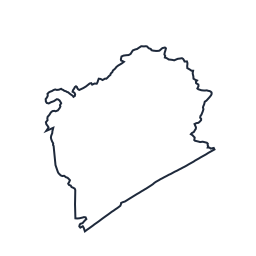 outline of Una, Bahia, Brazil, rotated 61°
{"feature_id": "56859067B7113897673076", "entity_name": "Una", "entity_type": "district", "adm_level": 2, "iso_a3": "BRA", "parent_name": "Brazil", "parent_adm1": "Bahia", "projection": "equal_earth", "projection_center": [-39.164, -15.214], "detail": "fine", "context": "isolated", "style": "outline", "palette": "slate", "viewbox_px": 256, "rotation_deg": 61, "n_neighbors": 0, "source": "geoboundaries", "source_scale": "gbopen_adm2", "svg_char_len": 4036}
<svg xmlns="http://www.w3.org/2000/svg" viewBox="0 0 256 256"><g transform="rotate(61 128 128)"><path d="M65.0,187.0L66.7,186.9L68.1,185.4L68.1,182.7L68.4,181.2L68.6,179.5L68.4,177.8L68.3,176.3L69.1,175.3L70.8,174.5L73.9,174.4L75.0,176.4L76.4,176.7L77.4,178.1L78.6,180.8L78.3,183.2L77.3,184.1L76.6,185.9L77.0,188.0L77.8,189.3L78.6,190.9L79.2,192.8L80.5,193.9L82.2,194.6L83.1,197.0L85.1,197.6L87.0,197.3L88.9,197.2L89.9,198.9L90.9,200.9L91.6,193.3L92.8,194.4L94.3,195.8L95.7,196.7L96.6,197.8L97.6,199.0L98.9,200.0L100.3,200.5L102.2,200.8L103.4,200.9L105.2,200.9L106.5,201.8L107.7,201.8L125.3,209.4L131.5,210.5L133.0,210.7L134.3,210.6L135.4,210.2L136.7,209.9L138.2,208.7L138.8,207.1L139.8,206.6L140.9,206.2L142.2,205.0L143.8,204.5L145.5,204.1L146.7,205.6L147.7,207.3L149.2,207.2L150.6,206.0L152.3,206.0L153.7,204.9L155.2,204.0L156.7,204.2L165.4,209.2L169.0,211.3L181.5,217.8L182.5,216.3L183.4,214.3L184.3,211.1L184.6,209.7L185.6,208.4L187.5,208.6L187.9,210.3L188.5,212.1L189.2,213.9L188.7,216.1L189.4,217.4L190.5,218.3L192.0,218.0L192.0,215.2L193.7,215.1L197.5,215.8L197.1,213.0L196.9,210.8L196.6,208.2L196.3,205.8L196.0,204.0L195.8,201.9L195.5,199.1L195.1,196.3L194.8,194.2L194.6,192.5L194.4,190.8L194.2,189.1L194.0,187.2L193.7,184.9L193.4,182.9L193.3,180.8L193.0,178.3L192.9,176.7L192.7,175.0L192.3,172.4L191.2,171.1L190.2,170.3L190.4,168.2L190.8,166.4L190.7,164.2L190.6,162.5L190.5,160.7L190.4,158.4L190.3,156.4L190.2,154.1L190.1,151.9L190.1,149.9L190.0,148.1L189.9,146.6L189.9,144.8L189.8,143.1L189.8,141.3L189.6,138.6L189.4,135.6L189.2,133.4L188.8,131.7L188.6,129.7L188.6,127.9L188.6,126.1L188.5,124.5L188.6,122.6L188.6,120.3L188.7,117.5L188.7,114.9L188.9,113.0L188.9,110.9L188.9,108.2L189.1,105.7L189.1,103.4L189.2,101.0L189.2,99.3L189.3,97.4L189.3,95.0L189.2,92.6L189.2,90.7L189.2,88.7L189.2,86.8L189.0,85.1L189.0,83.2L189.0,80.7L188.9,78.8L188.9,77.3L188.9,75.2L188.9,72.7L188.7,69.6L188.7,67.5L188.7,65.2L188.7,62.8L187.0,62.7L186.1,65.6L184.6,66.3L183.7,67.8L182.6,66.7L181.4,66.6L180.4,65.8L179.1,66.2L177.7,67.7L176.2,69.3L175.3,71.7L174.0,73.0L172.6,74.5L171.6,75.6L170.6,75.9L169.6,75.0L168.6,74.3L167.2,74.7L165.5,75.1L163.9,76.0L163.4,74.6L163.4,72.3L162.3,70.5L161.6,69.1L160.3,68.2L158.6,68.1L156.8,67.9L156.9,65.8L157.6,63.9L157.2,62.1L156.6,60.3L155.5,59.6L154.0,59.9L152.6,58.8L151.9,57.2L151.1,56.3L150.1,55.0L149.1,53.9L148.1,52.9L146.4,52.5L145.4,51.5L144.3,50.0L143.2,49.0L142.2,48.1L142.1,46.2L141.4,44.1L140.5,41.5L139.6,39.4L138.7,38.3L137.4,37.7L136.1,38.1L135.2,38.8L134.2,40.0L133.3,40.8L132.5,42.6L131.5,44.2L130.5,45.6L129.3,46.7L128.2,47.7L127.1,48.2L125.5,46.0L124.1,45.4L121.9,46.7L120.5,46.2L119.9,44.6L118.6,45.7L116.6,46.8L114.5,45.8L112.7,45.3L111.3,44.8L109.5,43.3L108.7,44.7L107.4,45.3L105.8,46.2L104.4,47.1L102.5,46.2L101.0,45.1L99.9,44.5L98.3,44.2L97.3,46.3L95.8,46.2L94.3,46.3L93.1,47.0L92.4,49.0L91.6,51.0L91.2,54.8L90.0,56.1L88.9,57.6L87.8,59.2L86.7,59.7L85.4,60.5L84.2,61.6L83.0,60.5L81.3,60.5L79.7,59.2L78.3,57.7L76.7,56.2L75.5,56.7L74.8,59.2L75.2,61.2L75.6,63.0L75.1,64.4L74.0,66.4L72.6,68.4L71.4,69.7L69.8,69.8L68.6,71.0L67.3,71.5L66.1,71.7L65.2,72.6L64.3,74.6L62.9,76.8L63.1,79.6L63.3,81.8L62.8,83.6L62.5,86.2L63.4,87.9L64.5,89.9L64.5,92.1L63.6,94.0L62.5,96.8L62.3,99.0L63.3,99.9L64.4,100.9L65.6,101.3L67.0,100.2L68.1,99.5L68.5,102.0L68.6,104.6L68.6,106.1L69.0,108.6L69.7,110.1L70.1,111.6L70.4,113.3L71.5,114.6L72.0,116.7L73.0,117.6L73.4,119.7L74.0,121.4L74.4,123.0L73.7,124.1L73.7,127.0L71.8,128.2L70.7,129.7L71.9,131.1L73.3,132.6L74.1,133.9L72.9,135.7L72.7,138.3L71.0,138.4L70.5,140.0L70.8,141.7L71.3,144.7L71.4,147.8L71.1,152.2L69.8,152.9L68.4,153.0L67.4,152.8L66.3,153.3L66.5,154.7L67.4,156.0L68.3,157.8L69.4,158.9L71.1,157.8L72.9,157.9L74.2,159.0L74.3,160.6L73.0,160.7L71.3,161.6L69.3,162.5L67.8,163.0L66.9,163.9L65.6,164.6L64.6,165.7L63.5,166.1L62.4,167.0L61.3,167.5L61.0,169.9L60.2,171.8L59.0,173.0L58.7,174.7L58.8,176.6L58.5,178.4L58.5,180.1L59.1,181.9L60.3,182.2L61.3,183.0L62.2,184.5L62.8,186.0L63.8,186.4L65.0,187.0Z" fill="none" stroke="#1e293b" stroke-width="2"/></g></svg>